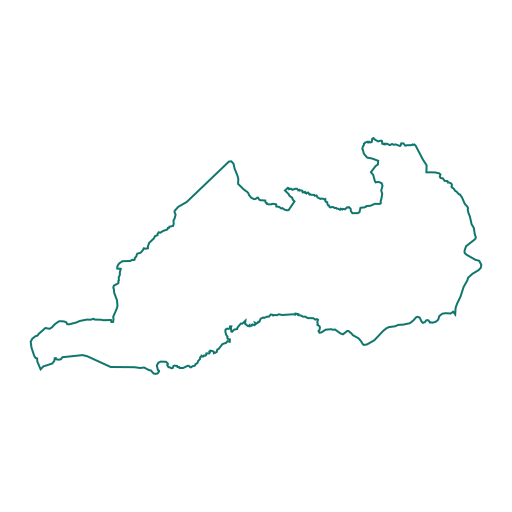 Momax, Zacatecas, Mexico
{"feature_id": "50627088B46165454846438", "entity_name": "Momax", "entity_type": "district", "adm_level": 2, "iso_a3": "MEX", "parent_name": "Mexico", "parent_adm1": "Zacatecas", "projection": "natural_earth1", "projection_center": [-103.248, 21.945], "detail": "fine", "context": "isolated", "style": "outline", "palette": "teal", "viewbox_px": 512, "rotation_deg": 0, "n_neighbors": 0, "source": "geoboundaries", "source_scale": "gbopen_adm2", "svg_char_len": 6089}
<svg xmlns="http://www.w3.org/2000/svg" viewBox="0 0 512 512"><path d="M122.5,261.2L119.3,263.3L117.9,265.2L117.2,267.1L117.3,268.6L120.7,268.8L119.8,272.6L119.9,274.7L118.7,277.5L118.9,280.4L118.3,281.1L118.5,282.6L118.0,283.4L113.8,285.7L113.3,287.8L113.9,289.2L114.2,292.8L117.0,300.3L117.5,306.0L116.6,309.0L113.2,316.8L113.5,319.2L113.1,321.9L111.4,322.0L110.9,320.0L103.6,320.2L100.4,319.7L94.8,319.6L93.6,318.8L90.7,319.7L86.7,319.6L79.7,321.0L76.3,322.5L69.1,324.3L67.2,324.2L66.3,322.3L63.9,321.4L60.1,321.2L58.8,321.4L55.2,323.9L52.0,327.3L49.6,328.8L45.4,328.0L38.7,333.9L37.5,335.6L35.3,336.3L32.3,338.7L30.7,341.7L31.5,347.7L34.2,355.8L35.6,358.1L37.1,358.4L37.3,361.5L40.6,369.3L43.4,366.4L52.3,363.5L54.3,360.9L54.7,358.3L55.8,358.1L56.0,359.2L58.5,359.7L60.8,359.3L62.5,357.2L82.6,355.1L87.1,356.2L110.7,367.0L134.3,367.2L140.3,368.0L144.1,367.5L148.9,370.1L150.8,370.4L153.6,373.5L155.6,373.9L157.7,373.4L159.1,371.4L158.8,370.5L158.0,370.3L156.8,365.5L158.4,362.7L160.7,361.6L166.0,361.8L167.8,363.5L167.9,364.0L167.2,365.1L168.5,367.2L169.1,367.1L171.7,368.3L172.8,367.9L173.5,366.0L174.5,365.6L177.2,366.0L177.5,367.0L179.3,367.1L179.6,368.0L183.1,368.0L187.4,365.9L188.9,365.9L190.4,367.3L191.0,367.3L192.6,366.2L194.5,365.8L195.2,365.2L195.5,364.1L197.3,363.2L198.3,360.8L199.9,359.2L200.2,357.3L200.8,357.0L201.5,355.7L202.8,356.6L203.5,356.4L204.1,355.4L205.4,355.7L206.2,354.9L206.4,353.4L209.2,353.4L209.9,352.4L209.4,351.4L210.4,350.6L212.8,351.2L213.8,351.9L213.9,353.2L214.6,353.0L216.7,352.0L217.2,349.7L218.7,348.9L222.4,344.1L226.2,342.8L227.4,341.2L229.7,341.8L229.9,339.5L227.7,338.8L227.3,337.8L227.5,336.7L226.0,334.5L225.3,331.1L225.6,329.5L227.1,328.6L228.3,328.9L229.4,328.5L229.9,328.0L230.0,326.4L231.3,326.4L230.9,327.7L231.3,331.5L232.0,331.8L234.2,329.6L237.2,329.0L237.5,327.5L240.8,323.6L242.4,323.6L245.4,320.7L245.1,323.8L247.8,326.0L248.4,326.1L249.3,325.3L249.3,326.2L249.7,326.3L249.9,325.8L251.7,325.7L252.0,324.7L252.5,324.4L254.4,325.2L255.6,324.2L255.0,322.7L256.5,323.4L257.7,323.0L258.2,321.8L259.4,321.8L260.4,319.1L261.2,318.4L263.2,317.5L264.1,317.9L267.2,316.6L268.9,316.7L270.8,314.5L272.2,314.7L273.1,315.5L273.7,315.0L277.0,315.2L278.8,314.3L282.1,315.0L293.1,314.3L295.1,314.6L295.2,313.6L295.7,313.6L298.0,314.1L297.6,314.6L298.2,315.1L300.9,315.5L302.9,316.7L305.4,316.7L307.7,318.1L313.3,318.2L315.3,319.6L316.9,319.1L318.0,319.8L317.3,322.1L317.8,324.0L317.4,324.8L319.5,326.3L319.9,327.3L319.6,329.7L318.5,331.1L319.6,332.8L321.6,332.3L325.6,329.7L331.3,329.2L332.9,329.8L335.0,329.5L340.4,333.4L343.0,334.3L347.3,330.9L348.4,331.0L351.3,333.3L352.9,335.2L358.5,338.3L360.8,340.9L362.9,344.3L363.8,344.9L366.9,344.5L374.3,340.3L383.4,330.7L386.7,328.1L389.0,327.1L395.0,326.3L398.3,324.9L403.4,324.6L409.9,323.2L413.5,320.3L416.1,317.3L417.5,316.8L419.7,317.6L421.5,321.5L422.8,322.9L424.9,322.1L426.2,320.4L427.5,320.1L428.4,320.4L430.0,322.5L430.3,322.2L432.3,322.7L435.6,321.9L438.2,319.7L439.3,316.1L442.3,313.7L445.4,313.2L450.7,313.5L453.2,311.7L455.2,314.4L455.6,307.9L457.1,303.6L460.4,296.9L463.6,287.0L467.3,280.5L468.1,277.7L472.6,273.7L478.5,270.2L480.8,267.8L481.3,264.8L479.2,260.8L475.4,259.8L466.7,254.8L464.8,253.2L464.5,251.8L464.7,250.1L466.1,246.2L474.3,239.8L475.4,238.7L475.8,237.4L475.6,236.5L474.8,234.3L473.8,227.9L471.6,224.2L469.9,216.6L468.3,212.5L467.7,209.1L468.1,208.1L467.1,206.4L464.8,203.9L462.1,197.7L460.0,194.5L458.8,194.2L456.8,191.9L455.0,190.7L453.9,188.8L451.7,187.3L451.5,186.5L451.9,185.7L451.8,184.5L451.3,183.5L448.7,182.4L447.9,182.5L447.4,181.1L444.5,180.8L442.9,178.4L440.6,178.0L439.8,176.7L440.4,174.4L439.2,173.4L435.1,172.4L426.4,172.3L426.6,165.3L422.8,159.4L415.6,145.6L414.4,144.5L413.2,145.0L412.7,144.5L410.8,145.2L407.3,145.2L405.3,145.7L403.4,143.4L401.2,143.4L400.8,145.1L400.0,146.0L395.7,144.4L393.7,144.8L392.1,144.0L389.7,145.1L387.2,143.8L384.9,143.7L385.1,144.3L384.1,144.3L382.2,143.7L382.1,141.2L381.2,140.6L378.1,141.4L374.9,139.6L373.5,138.1L372.2,138.8L371.8,141.8L370.8,142.4L369.9,142.4L369.4,141.8L367.8,141.8L367.8,142.4L366.5,142.0L364.8,142.9L363.9,143.8L363.9,145.0L362.8,146.7L362.3,149.1L362.8,149.7L363.9,153.8L367.2,157.6L372.0,158.5L378.2,160.8L377.9,164.4L375.5,166.2L370.9,172.2L373.2,174.9L374.9,181.2L375.7,182.4L377.3,182.0L379.5,182.2L381.7,183.3L382.5,185.8L381.2,190.7L382.2,193.6L381.5,198.4L380.7,200.9L380.8,203.2L379.9,203.9L374.9,203.8L370.6,205.7L366.1,206.2L366.0,206.7L364.8,207.3L360.5,207.8L359.4,212.3L357.9,213.1L352.4,213.2L350.9,211.2L350.6,208.7L348.9,207.1L348.2,207.6L347.1,207.3L345.1,209.3L342.7,208.9L342.2,209.5L340.8,208.7L339.9,209.8L338.4,208.8L336.7,208.6L336.0,207.9L334.5,208.0L333.6,207.3L332.1,206.9L330.9,207.4L329.7,207.2L329.0,205.5L328.3,205.5L327.5,204.3L327.2,202.2L325.6,201.7L325.3,199.2L324.6,199.7L323.6,198.8L320.9,198.6L320.4,198.9L317.5,197.4L316.6,195.5L314.8,195.8L314.2,195.0L309.8,194.6L309.6,193.8L308.8,193.8L308.2,192.6L307.0,192.7L306.4,193.5L305.2,193.0L305.0,191.9L302.7,192.4L302.3,190.7L300.7,190.3L299.5,190.6L299.2,189.9L298.2,190.3L297.1,188.8L295.5,188.7L292.4,189.8L290.9,188.7L289.0,189.2L288.8,188.3L287.9,187.8L285.0,190.5L288.8,194.3L289.4,195.7L292.2,197.8L292.8,199.6L294.5,201.4L288.6,210.1L287.2,210.3L284.7,209.7L282.3,208.1L281.3,208.5L279.1,206.9L276.3,206.5L276.2,204.4L275.8,204.2L272.2,203.8L271.0,204.4L268.3,204.3L266.8,203.9L266.7,203.0L265.6,202.5L265.2,200.5L260.3,200.2L259.4,199.8L257.9,197.6L257.2,197.7L255.8,198.8L254.2,199.2L251.3,197.8L249.1,195.2L248.4,193.3L247.3,192.0L243.7,189.4L238.1,183.9L238.3,178.9L237.4,175.5L234.6,168.6L233.5,163.7L231.3,161.3L228.9,161.6L186.7,202.0L178.3,206.8L174.7,210.8L174.5,212.0L175.6,214.8L174.5,218.8L173.5,220.4L173.7,223.8L173.1,225.9L169.4,226.7L169.0,227.8L167.9,227.9L167.3,229.5L163.2,230.9L160.3,232.7L158.6,232.3L157.6,234.0L157.5,235.2L155.0,236.1L153.9,238.4L149.3,242.7L147.9,246.3L147.9,248.3L145.7,248.7L143.8,248.3L143.2,249.7L140.7,252.7L137.2,253.7L136.2,256.6L134.8,258.0L134.6,259.7L133.3,260.1L132.3,259.8L130.1,261.0L122.5,261.2Z" fill="none" stroke="#0f766e" stroke-width="2"/></svg>